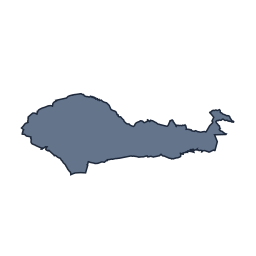 Chignautla, Puebla, Mexico, rotated 71°
{"feature_id": "50627088B95871008533401", "entity_name": "Chignautla", "entity_type": "district", "adm_level": 2, "iso_a3": "MEX", "parent_name": "Mexico", "parent_adm1": "Puebla", "projection": "natural_earth1", "projection_center": [-97.415, 19.757], "detail": "fine", "context": "isolated", "style": "filled", "palette": "slate", "viewbox_px": 256, "rotation_deg": 71, "n_neighbors": 0, "source": "geoboundaries", "source_scale": "gbopen_adm2", "svg_char_len": 5767}
<svg xmlns="http://www.w3.org/2000/svg" viewBox="0 0 256 256"><g transform="rotate(71 128 128)"><path d="M109.0,134.1L108.4,134.4L107.6,135.1L106.4,136.7L105.1,137.9L104.7,138.1L100.8,138.4L100.1,138.6L97.2,140.1L96.0,141.9L94.5,143.4L92.9,144.2L92.7,146.1L91.6,146.0L91.5,147.5L90.4,147.4L90.2,149.0L89.1,148.8L89.0,149.6L88.7,149.6L88.6,150.0L88.3,149.9L88.2,150.3L87.9,150.3L87.8,150.7L87.5,150.6L87.4,151.8L86.7,151.7L86.6,152.5L86.2,152.5L85.7,153.2L86.2,154.1L86.1,154.6L85.9,155.0L85.1,156.1L84.7,157.2L83.4,158.8L82.0,159.1L81.7,159.4L81.6,160.1L80.3,161.2L80.1,162.1L79.4,165.9L78.9,168.1L78.9,169.8L78.7,169.8L78.5,172.5L78.6,173.9L78.7,174.6L79.6,176.3L79.6,176.6L78.4,187.0L79.0,186.7L79.5,189.6L80.4,191.0L82.7,192.3L82.3,192.7L81.5,194.2L81.1,196.3L81.3,199.9L81.2,202.7L81.6,205.7L82.0,206.9L82.4,207.4L83.8,208.6L83.5,208.7L85.2,209.6L84.7,210.2L84.1,210.6L83.3,211.9L82.9,213.3L85.1,218.8L86.2,219.0L86.2,219.3L87.9,219.8L88.8,220.6L90.2,220.7L90.3,223.5L90.8,224.5L92.2,226.5L93.3,228.7L95.7,227.2L96.3,227.9L96.7,228.6L97.6,228.6L98.3,229.6L99.4,230.0L100.4,227.8L102.5,226.7L104.8,222.7L105.0,222.7L105.8,223.3L106.7,223.3L106.7,223.1L107.5,223.2L108.3,223.7L109.8,224.3L111.1,224.1L111.9,223.7L114.2,221.1L114.9,220.6L118.8,216.3L119.7,217.0L120.0,216.1L120.0,215.8L119.2,215.1L119.6,214.4L118.9,212.1L119.4,210.7L120.9,212.5L121.5,212.7L122.2,212.4L123.7,210.9L123.4,210.1L129.6,206.7L129.7,206.8L130.2,206.7L130.1,205.9L131.1,204.9L132.5,204.2L133.4,203.3L133.9,202.9L134.2,202.2L135.7,201.6L136.4,201.6L137.4,201.2L138.0,200.7L138.7,200.7L139.7,200.5L141.8,199.4L142.7,199.1L144.0,199.0L145.4,198.6L147.1,198.4L149.6,197.6L150.8,196.9L152.3,196.9L153.5,197.3L153.3,194.6L153.3,192.5L154.7,187.5L156.6,182.7L150.1,178.2L149.5,178.6L149.0,177.9L148.7,177.6L146.9,176.5L147.0,176.1L148.1,175.1L150.0,171.8L150.8,170.8L151.4,169.0L151.6,167.8L151.5,163.8L152.7,161.4L152.1,160.1L151.8,158.9L152.1,158.4L151.9,158.0L151.5,158.1L151.2,157.9L151.8,156.0L152.0,153.8L152.5,152.9L152.8,149.9L153.3,148.3L153.3,148.0L153.8,145.7L155.4,134.2L156.1,133.2L156.4,131.8L157.2,130.4L157.6,129.5L158.0,128.8L159.1,127.3L159.7,124.5L160.3,122.7L160.4,120.3L160.6,119.8L160.5,119.3L160.8,118.8L161.8,118.7L162.1,116.9L162.0,116.4L162.2,115.6L162.5,115.0L162.8,114.8L163.8,113.2L163.7,112.9L163.8,112.2L164.1,110.3L164.3,108.3L164.5,107.5L164.4,107.2L164.3,106.7L163.6,105.8L163.8,105.1L164.0,105.1L164.1,105.3L164.5,104.9L165.0,104.7L165.9,104.0L166.2,103.0L166.7,102.4L167.5,101.6L169.4,99.4L169.7,99.2L171.0,97.0L171.4,96.9L171.6,95.5L172.0,95.0L171.9,93.8L172.0,93.1L171.9,92.4L172.3,91.1L172.4,89.9L172.1,87.6L169.8,86.5L169.2,86.7L168.9,87.3L168.9,87.0L169.0,86.6L169.5,86.3L169.7,85.7L170.3,85.3L170.7,84.3L169.5,84.0L170.0,81.0L169.5,80.8L169.8,80.1L169.8,79.8L170.2,79.9L170.4,79.6L169.9,79.4L169.4,79.4L169.2,79.2L169.4,78.2L169.5,78.1L169.6,77.8L169.9,77.9L170.1,76.8L170.4,76.8L170.7,76.0L172.4,73.6L171.7,73.6L170.9,74.5L169.0,75.8L168.8,75.9L168.8,75.7L169.1,75.4L169.1,74.8L169.4,74.2L169.2,73.4L169.4,73.2L170.1,73.2L170.7,72.3L170.6,71.8L170.7,71.0L170.8,70.8L170.6,70.3L170.5,69.9L171.0,70.4L171.3,69.8L171.4,69.2L171.7,69.0L171.8,68.6L172.4,68.3L172.6,67.9L172.6,67.4L172.7,66.6L173.1,65.9L173.7,65.7L174.5,66.1L174.5,65.5L173.7,64.8L174.2,63.6L174.2,62.9L175.9,60.9L176.1,60.4L177.1,59.4L177.2,58.8L177.1,57.3L176.9,56.9L176.8,54.9L176.7,54.6L176.8,54.1L177.0,54.1L177.6,53.3L177.6,53.1L170.0,48.0L162.6,48.4L166.0,37.5L165.6,37.0L165.0,38.1L164.5,38.3L163.2,39.4L162.8,39.6L162.2,39.7L160.9,41.4L160.7,41.4L160.6,41.7L159.8,41.8L159.7,42.1L159.1,42.2L158.5,41.6L158.5,41.2L158.3,41.3L157.2,41.0L156.5,41.1L155.9,40.9L155.4,41.2L155.0,41.6L153.4,42.0L152.3,42.6L151.5,42.8L150.4,42.7L149.9,41.2L150.4,40.7L150.4,39.9L150.2,39.5L150.2,39.0L150.8,38.1L151.0,37.5L150.9,37.0L150.4,36.0L150.5,35.3L150.8,35.0L152.4,33.9L152.6,33.4L152.8,32.2L153.0,31.7L153.8,31.3L154.3,30.7L154.3,30.2L154.8,29.8L154.9,29.2L155.3,28.6L156.1,28.0L156.3,27.3L156.8,26.6L156.7,26.2L156.3,26.0L155.8,26.3L155.2,27.3L151.6,28.2L150.3,28.2L149.4,28.7L148.8,29.6L148.5,30.7L147.2,31.9L145.5,34.0L144.3,34.5L143.9,34.9L143.6,35.5L143.1,35.6L141.9,35.2L141.1,35.3L140.4,35.6L140.6,37.5L140.4,38.1L140.1,38.5L139.7,38.8L139.5,39.3L139.6,40.7L139.4,41.1L139.0,41.6L139.0,42.0L139.1,42.9L139.3,43.4L139.7,43.7L139.8,44.2L139.7,44.8L139.7,45.3L140.1,45.7L141.5,45.0L145.8,43.4L148.7,46.3L149.0,46.3L150.0,45.9L150.6,46.3L152.5,50.1L157.0,55.3L156.9,56.1L156.4,56.5L156.2,56.9L155.9,58.5L155.7,60.7L154.5,62.5L154.2,63.3L152.9,64.5L152.5,65.1L152.5,65.6L152.8,66.0L152.8,66.3L151.6,68.4L150.3,68.8L150.3,69.6L149.9,69.9L149.5,70.0L149.3,70.9L149.0,71.1L148.7,71.7L148.2,73.4L147.8,73.1L147.3,72.9L145.6,72.8L145.1,72.6L143.6,73.1L143.9,73.8L143.6,74.6L143.2,75.2L143.1,75.5L143.4,76.1L143.3,76.5L142.8,77.2L142.5,78.1L142.4,78.9L142.0,79.2L141.7,80.2L141.3,80.8L141.5,81.2L141.8,81.3L142.2,81.9L141.6,82.1L140.5,81.9L140.1,82.0L139.1,82.6L138.0,82.7L137.5,82.8L137.0,83.2L135.6,83.1L134.7,83.7L134.9,84.5L134.8,85.7L135.3,85.7L135.3,86.2L138.5,89.1L139.1,90.1L138.9,90.9L135.2,96.6L134.8,97.0L134.3,98.0L133.9,98.5L132.3,99.6L131.9,99.8L131.5,100.4L129.6,102.0L129.1,102.5L128.6,103.5L128.0,104.0L128.1,104.4L128.7,104.9L128.9,105.2L128.9,105.6L127.4,106.2L126.6,106.8L126.7,107.0L127.9,107.0L128.3,110.6L127.8,111.4L127.6,111.4L126.3,112.0L125.4,113.4L125.2,114.1L125.4,114.4L125.6,115.2L125.6,116.9L125.8,118.5L126.3,119.5L126.8,120.2L127.9,121.1L128.3,122.5L126.8,124.3L125.6,125.3L124.5,125.7L124.2,126.7L123.5,127.9L120.6,129.5L119.1,129.5L117.4,130.4L116.5,130.8L115.7,131.0L114.9,131.5L114.8,132.3L114.5,132.8L113.7,133.4L113.1,133.1L112.5,133.0L112.0,133.6L111.9,133.9L111.3,134.0L110.9,133.9L109.0,134.1Z" fill="#64748b" stroke="#1e293b" stroke-width="1.5"/></g></svg>